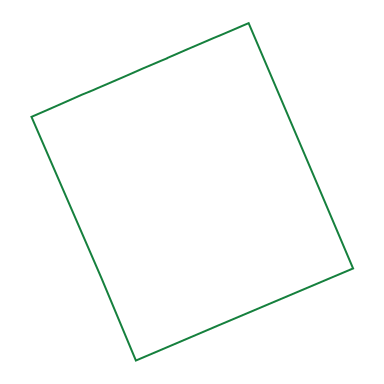 the district of Seward, Kansas, United States of America, rotated 157°
{"feature_id": "52423323B8139899408087", "entity_name": "Seward", "entity_type": "district", "adm_level": 2, "iso_a3": "USA", "parent_name": "United States of America", "parent_adm1": "Kansas", "projection": "albers", "projection_center": [-100.862, 37.193], "detail": "fine", "context": "isolated", "style": "outline", "palette": "green", "viewbox_px": 384, "rotation_deg": 157, "n_neighbors": 0, "source": "geoboundaries", "source_scale": "gbopen_adm2", "svg_char_len": 444}
<svg xmlns="http://www.w3.org/2000/svg" viewBox="0 0 384 384"><g transform="rotate(157 192 192)"><path d="M73.6,58.7L73.6,148.1L73.9,325.3L80.9,325.3L103.3,325.2L112.1,325.3L139.9,325.2L140.0,325.2L162.3,325.0L162.5,324.8L169.4,324.9L189.0,324.9L211.6,324.6L216.1,324.6L238.3,324.5L242.9,324.4L255.2,324.6L287.4,324.1L310.4,323.9L309.0,148.1L309.5,58.8L299.2,58.8L220.2,58.9L73.6,58.7Z" fill="none" stroke="#15803d" stroke-width="2"/></g></svg>